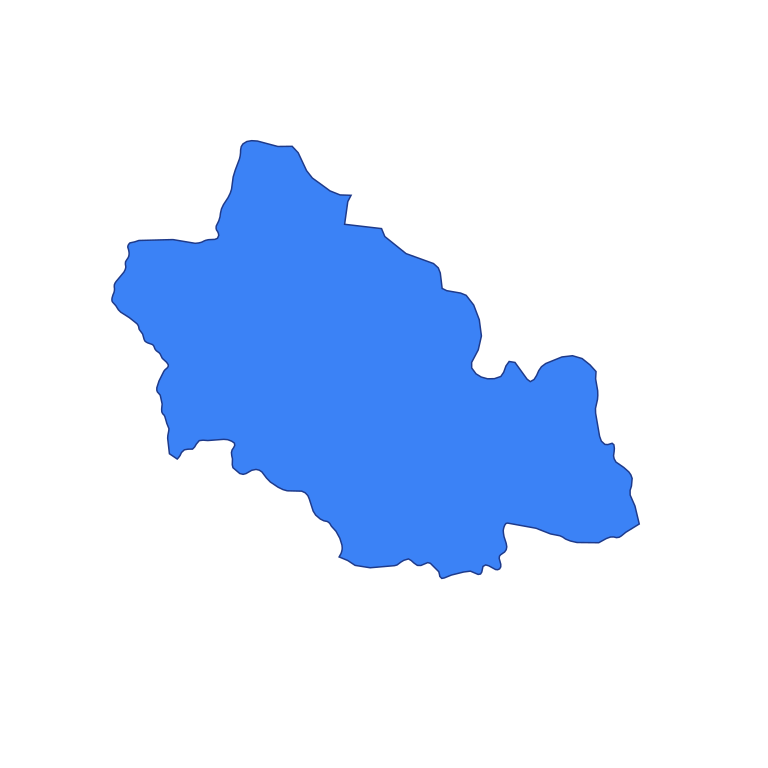 outline of Allier, rotated 205°
{"feature_id": "FRA-5264", "entity_name": "Allier", "entity_type": "Metropolitan department", "adm_level": 1, "iso_a3": "FRA", "parent_name": "France", "parent_adm1": "", "projection": "natural_earth1", "projection_center": [3.256, 46.375], "detail": "fine", "context": "isolated", "style": "filled", "palette": "blue", "viewbox_px": 768, "rotation_deg": 205, "n_neighbors": 0, "source": "natural_earth", "source_scale": "10m", "svg_char_len": 3890}
<svg xmlns="http://www.w3.org/2000/svg" viewBox="0 0 768 768"><g transform="rotate(205 384 384)"><path d="M347.0,499.1L336.1,493.5L324.8,482.5L316.0,468.7L313.0,454.8L313.7,440.6L311.3,435.6L304.9,432.1L298.8,431.4L292.3,432.5L286.2,435.5L281.3,440.2L280.5,445.3L281.1,451.9L280.1,457.3L274.4,458.9L256.3,448.8L252.4,448.0L249.9,451.5L249.3,456.3L249.4,461.5L248.6,466.2L246.1,470.9L234.2,483.7L225.1,489.3L215.2,490.8L205.4,488.4L197.1,484.9L194.4,478.1L187.5,468.2L185.4,464.0L184.0,460.3L182.0,451.2L179.9,447.0L166.5,427.7L162.9,424.1L158.3,422.6L155.5,423.7L152.2,426.7L150.0,426.1L148.0,423.0L147.0,420.4L145.6,415.9L143.8,413.5L140.8,411.3L131.4,409.7L125.0,407.8L121.9,406.0L119.2,403.3L116.6,396.1L116.0,391.6L114.0,387.4L105.0,379.5L93.5,365.0L102.2,351.8L104.7,346.6L106.1,344.5L108.4,343.0L111.1,342.5L114.1,341.0L117.2,337.9L122.3,330.9L142.1,321.9L148.7,320.5L154.0,320.2L157.3,320.8L160.4,320.8L169.7,318.5L185.3,317.5L213.2,310.2L214.5,309.2L214.9,307.2L214.8,305.2L214.5,303.4L214.0,301.6L212.7,299.3L210.8,296.5L205.9,291.2L203.9,288.3L203.2,285.5L203.7,282.7L206.2,278.4L206.6,276.8L205.9,274.6L202.0,270.0L200.9,267.6L201.1,265.3L202.5,263.7L204.5,263.0L212.2,263.5L215.4,263.0L217.2,260.5L215.9,254.9L216.2,252.6L218.2,251.2L226.6,250.9L232.3,247.3L242.1,239.4L247.4,233.7L249.5,232.2L252.1,233.2L253.3,234.9L255.0,237.0L266.2,241.1L268.9,240.6L273.9,235.1L277.1,233.7L281.2,234.4L284.7,235.5L287.9,235.8L291.5,232.6L293.4,229.8L295.7,225.5L297.7,223.8L318.9,211.6L333.6,207.4L342.3,208.7L351.6,208.3L351.3,212.4L351.6,214.5L352.0,216.3L352.6,217.8L354.0,220.2L358.8,225.5L365.2,230.2L371.6,232.9L374.2,234.7L375.7,235.2L377.4,235.4L380.7,234.6L384.7,234.7L390.5,236.3L394.5,238.9L403.2,248.3L405.9,250.7L409.4,252.1L413.3,252.1L426.6,246.3L431.0,245.6L436.4,245.7L445.5,247.1L450.7,249.1L457.5,252.7L460.6,253.2L463.9,252.5L467.4,249.9L471.2,244.5L473.5,242.6L476.9,241.9L485.5,244.3L487.4,246.7L489.7,252.1L491.7,254.7L493.3,257.4L493.8,260.0L493.4,262.6L493.3,265.2L494.6,267.2L497.8,267.8L502.1,267.5L505.9,266.1L519.8,258.3L524.3,256.6L527.5,254.6L528.7,250.2L529.0,246.9L530.0,244.1L534.1,242.1L537.1,240.0L538.6,236.3L538.6,233.1L539.1,230.4L539.7,228.6L549.0,230.1L557.2,243.5L558.2,246.2L559.3,250.6L560.0,252.6L564.3,256.6L565.2,257.7L569.0,262.0L570.3,262.9L572.0,263.5L573.6,264.8L574.9,267.2L576.6,272.1L582.1,279.3L586.1,281.1L587.3,282.4L588.3,284.6L589.2,291.7L588.9,302.6L588.5,304.3L587.2,307.2L587.0,308.8L587.7,310.3L590.2,311.8L595.6,313.5L596.4,314.0L599.4,316.5L600.8,317.2L604.3,317.9L605.9,318.6L607.0,319.5L608.0,320.5L609.1,321.4L610.6,321.9L615.6,321.4L617.3,321.5L618.9,321.9L620.3,323.1L623.9,327.3L628.9,330.0L629.5,330.7L630.8,332.5L631.9,333.4L633.3,334.2L642.8,336.5L652.8,337.8L656.1,339.0L660.1,341.6L664.5,343.5L665.3,344.0L666.1,345.1L666.8,346.9L667.3,350.1L667.4,353.0L667.9,355.0L668.6,356.6L669.5,358.0L670.3,359.9L670.4,361.9L670.1,363.8L667.0,375.5L666.9,378.4L667.3,380.5L667.9,381.7L668.8,382.9L669.4,384.1L669.9,385.6L669.7,387.6L669.3,390.0L669.3,391.8L669.7,393.4L670.3,394.9L671.2,396.3L672.4,397.9L673.4,399.0L674.0,399.7L674.4,400.7L674.5,402.0L674.3,403.3L673.9,404.5L670.1,407.4L666.8,410.5L636.3,425.7L614.6,431.7L611.6,433.5L609.5,435.2L608.6,436.2L607.7,437.4L606.3,438.9L604.1,440.6L598.4,443.6L596.5,445.7L596.6,448.9L598.0,450.8L599.2,451.8L601.0,452.9L602.0,454.2L602.8,456.2L602.7,462.2L603.3,466.3L604.4,469.7L605.3,474.0L605.3,478.8L604.1,487.0L604.0,492.0L604.5,496.1L608.2,507.9L609.2,514.9L610.1,526.8L610.7,529.8L611.7,532.8L612.9,535.6L613.7,538.8L613.3,542.0L610.8,545.8L606.8,548.6L601.4,550.7L580.6,554.4L567.7,560.6L559.5,557.3L544.3,544.6L536.0,540.4L514.5,536.2L503.7,536.8L493.6,541.1L493.9,534.0L487.2,512.1L451.9,523.8L445.6,518.0L419.1,511.5L390.0,514.1L383.9,512.2L379.9,508.4L371.7,495.2L366.6,495.1L353.0,498.8L347.0,499.1Z" fill="#3b82f6" stroke="#1e3a8a" stroke-width="1.5"/></g></svg>